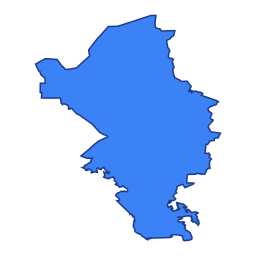 outline of Feimaņu pag., Rezeknes, Latvia
{"feature_id": "27541924B82877950601433", "entity_name": "Feimaņu pag.", "entity_type": "district", "adm_level": 2, "iso_a3": "LVA", "parent_name": "Latvia", "parent_adm1": "Rezeknes", "projection": "robinson", "projection_center": [27.066, 56.267], "detail": "fine", "context": "isolated", "style": "filled", "palette": "blue", "viewbox_px": 256, "rotation_deg": 0, "n_neighbors": 0, "source": "geoboundaries", "source_scale": "gbopen_adm2", "svg_char_len": 5956}
<svg xmlns="http://www.w3.org/2000/svg" viewBox="0 0 256 256"><path d="M88.6,50.0L89.6,55.9L76.4,67.9L67.9,69.4L65.1,69.2L63.2,66.8L62.3,66.6L57.2,59.5L45.4,58.6L35.5,64.1L36.0,64.8L36.5,66.5L38.9,71.1L39.9,71.7L40.0,72.5L41.0,74.8L43.3,76.7L43.6,77.2L45.1,78.1L45.1,83.3L40.3,83.2L40.2,92.5L41.7,92.6L41.5,97.9L48.3,98.1L60.2,98.0L60.9,100.4L61.1,102.9L61.7,103.8L62.0,103.9L62.5,104.5L62.7,104.1L63.5,103.9L64.4,103.9L66.6,104.7L68.1,105.6L68.6,106.8L68.4,109.0L69.3,109.2L70.2,109.0L70.8,108.2L72.4,109.0L73.9,110.9L76.7,113.8L80.5,115.6L81.7,116.6L82.2,117.3L83.5,117.9L92.4,124.3L99.6,132.3L103.5,134.6L106.5,135.4L107.8,136.9L99.1,140.8L94.1,144.6L91.0,147.4L91.1,147.6L81.0,155.9L81.8,156.4L87.1,158.3L92.3,158.2L90.8,160.2L91.2,161.2L90.9,161.9L89.6,162.5L89.1,163.0L87.9,163.6L86.6,164.9L84.7,165.3L84.2,166.8L82.4,167.6L83.3,167.8L84.8,168.8L86.0,170.4L87.1,170.3L86.4,169.9L88.0,168.8L90.5,169.7L92.1,171.3L92.1,171.8L91.3,172.1L91.2,172.7L91.5,172.8L95.0,171.7L96.8,172.4L97.4,172.3L97.2,170.9L96.4,169.5L97.1,168.1L98.1,167.9L98.7,168.4L98.7,169.0L99.9,169.0L100.7,169.6L101.4,169.4L101.5,168.9L102.2,168.0L103.9,167.6L103.9,168.1L104.5,168.5L105.7,170.5L107.6,171.7L109.0,172.0L109.5,173.0L108.9,173.5L108.4,173.6L107.3,173.3L106.1,172.5L104.3,172.3L103.8,171.9L103.7,172.2L104.9,174.6L104.4,175.4L104.3,176.4L103.6,177.1L104.7,177.7L105.8,177.7L107.1,178.6L109.2,178.5L110.0,177.9L113.5,177.0L114.1,177.6L114.0,178.2L114.4,178.6L114.3,179.9L114.4,180.7L116.0,181.7L116.5,182.8L116.7,183.6L115.3,184.2L115.5,184.5L116.4,185.1L116.9,185.0L117.5,185.2L117.5,185.4L118.5,185.9L119.4,187.2L122.0,186.7L122.5,186.1L123.1,185.9L124.5,187.3L125.9,187.9L127.2,188.9L127.6,189.5L127.7,190.3L126.8,191.7L124.5,191.3L124.1,191.0L123.8,191.1L123.7,191.5L121.1,191.3L118.9,192.7L117.7,193.0L115.8,194.8L115.7,195.3L116.2,196.2L118.4,197.9L119.5,199.8L119.4,200.2L118.0,201.0L117.6,201.0L117.8,200.7L117.0,200.7L117.8,201.7L130.1,213.6L130.3,214.0L130.2,214.4L130.9,214.1L131.8,214.5L132.0,215.2L133.0,215.4L133.4,216.0L132.8,216.7L134.2,216.8L134.8,220.1L134.2,220.6L134.7,221.0L134.7,221.5L133.8,221.9L134.0,222.3L133.5,223.9L133.4,226.9L134.0,227.3L134.3,228.7L134.9,229.5L135.0,230.1L134.8,230.9L135.1,231.6L137.8,233.4L139.7,234.2L140.3,234.1L141.0,234.6L142.2,236.4L143.5,236.8L146.7,239.4L147.8,239.8L148.0,239.7L147.2,239.1L147.1,238.5L148.1,238.2L150.2,238.7L150.3,238.4L150.1,237.8L150.6,237.6L151.1,237.7L151.2,238.1L170.3,237.5L172.0,236.6L170.8,236.1L171.2,235.3L172.0,235.0L174.4,234.7L178.7,235.0L179.6,235.4L182.0,235.6L183.6,240.4L184.5,240.6L186.0,240.6L189.8,240.0L191.6,239.4L192.0,238.1L192.0,237.2L190.1,232.7L188.1,231.2L185.5,229.8L185.3,229.4L185.4,228.9L185.1,228.5L185.2,227.5L184.6,226.7L184.8,225.7L185.4,225.6L185.5,225.3L184.9,224.7L183.3,224.3L182.8,223.9L183.3,222.6L184.2,222.9L184.5,222.6L184.5,222.2L183.3,221.8L180.8,222.0L178.1,221.6L178.3,219.8L179.9,219.2L181.5,218.9L182.2,218.5L181.9,217.8L178.6,217.1L179.1,216.9L182.0,217.3L183.6,216.5L187.7,215.8L188.6,216.1L190.1,215.8L190.8,216.2L191.7,216.3L191.9,216.6L191.2,217.3L191.5,218.5L191.7,218.9L193.0,219.4L192.9,219.7L191.3,220.7L191.6,221.1L192.4,221.4L193.0,222.1L193.5,222.1L194.4,221.5L195.6,221.7L195.6,222.6L196.1,223.5L197.8,224.2L198.0,224.8L198.1,224.5L198.5,224.7L198.9,224.0L199.1,223.0L198.9,222.2L198.0,221.3L198.6,220.8L198.6,220.5L198.0,220.0L197.6,219.0L196.7,218.5L197.1,217.4L197.1,216.5L195.6,214.9L196.7,214.0L196.9,213.4L198.0,213.2L197.8,212.6L195.6,211.9L194.1,212.0L191.8,212.7L189.6,210.4L188.9,210.2L188.6,209.5L188.0,209.3L186.8,209.9L187.4,211.0L187.5,212.1L186.1,212.0L185.6,210.9L185.7,209.6L185.0,208.8L185.0,208.1L183.8,207.5L183.3,207.7L183.1,207.4L184.5,207.2L184.9,207.7L185.7,207.5L186.4,207.9L186.8,207.1L186.5,206.6L185.2,206.1L184.5,204.8L183.9,204.7L183.1,203.9L182.0,204.1L180.5,203.4L178.9,203.3L177.5,202.5L176.7,202.6L176.6,203.2L176.8,203.8L178.0,204.8L177.7,205.5L177.2,205.7L178.4,206.7L177.7,208.1L178.5,208.5L179.0,208.1L179.8,208.6L179.5,209.3L178.6,209.7L176.5,209.7L176.2,210.7L175.1,210.5L173.4,211.2L172.6,210.0L171.2,209.7L170.9,209.4L171.3,208.7L172.4,208.8L172.8,208.5L171.7,206.0L170.5,206.1L170.3,206.3L170.3,207.0L168.2,207.6L168.1,207.0L168.8,207.0L168.7,206.4L167.6,206.0L167.3,204.4L168.1,203.2L169.2,203.3L169.1,202.5L170.0,202.7L170.9,202.3L171.0,201.7L169.9,201.9L169.0,201.4L169.3,200.5L173.6,200.5L174.7,199.9L175.7,198.9L173.0,196.0L174.4,194.1L176.7,192.9L175.7,190.9L176.8,189.4L177.0,187.9L176.8,187.3L177.0,186.4L182.7,184.3L185.0,187.7L193.7,183.8L193.9,183.1L186.6,182.8L187.3,174.9L188.5,174.4L195.8,174.2L196.0,173.7L197.7,173.4L201.4,174.2L204.8,174.1L205.9,172.0L206.0,171.1L207.1,169.4L208.6,168.1L209.9,168.4L209.6,166.4L209.5,161.4L211.4,159.0L209.0,157.0L210.1,155.0L209.5,154.2L208.8,153.9L208.9,153.2L205.2,153.5L205.7,146.1L206.1,144.4L207.6,144.5L209.2,142.2L209.2,141.3L214.3,140.3L214.3,138.3L216.9,137.7L217.9,138.1L220.5,133.2L211.3,131.9L210.3,131.2L209.4,129.0L208.0,126.7L208.7,125.4L213.1,120.4L213.1,120.0L212.6,119.7L211.7,119.5L211.2,119.1L210.3,117.5L210.4,116.8L211.5,115.1L211.9,113.7L211.1,112.7L209.1,111.6L208.9,111.2L208.5,111.0L208.2,110.6L208.5,110.2L208.2,109.8L207.9,108.8L208.2,108.3L210.6,106.5L216.4,104.5L216.5,103.6L217.2,102.5L218.3,102.0L218.3,101.5L216.8,100.7L201.3,95.3L202.4,94.2L202.0,93.6L202.5,93.3L199.8,91.9L198.7,92.3L195.5,91.0L192.4,91.8L191.9,92.3L192.1,90.7L190.4,90.1L189.9,90.8L190.2,91.8L188.7,91.4L189.1,90.3L191.2,86.5L187.2,81.3L186.7,81.2L181.5,81.4L179.5,80.0L174.8,77.7L173.5,74.0L172.8,69.9L173.0,69.5L172.8,69.2L172.8,68.6L174.1,67.7L172.2,61.1L173.4,59.4L172.1,58.4L169.4,58.2L168.3,57.1L168.9,52.3L169.7,51.5L169.6,50.0L167.6,47.1L167.5,45.6L166.6,41.7L167.2,40.0L169.8,39.0L172.2,36.4L173.3,36.0L173.8,35.3L174.9,30.6L161.3,31.0L160.1,28.9L158.4,28.7L155.5,27.6L155.2,25.6L155.0,23.0L155.9,15.4L150.9,15.5L117.7,26.3L108.3,26.5L98.2,37.9L97.8,38.0L88.6,50.0Z" fill="#3b82f6" stroke="#1e3a8a" stroke-width="1.5"/></svg>